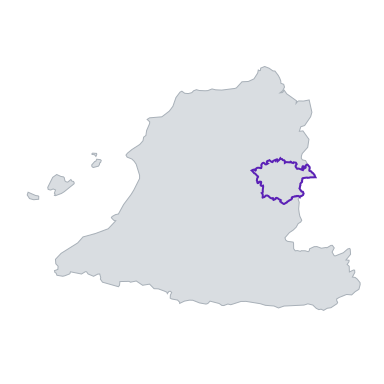 Cáceres on a map of Spain (Mercator projection), rotated 178°
{"feature_id": "ESP-5811", "entity_name": "Cáceres", "entity_type": "Autonomous Community", "adm_level": 1, "iso_a3": "ESP", "parent_name": "Spain", "parent_adm1": "", "projection": "mercator", "projection_center": [-6.162, 39.756], "detail": "fine", "context": "in_parent", "style": "outline", "palette": "violet", "viewbox_px": 384, "rotation_deg": 178, "n_neighbors": 0, "source": "natural_earth", "source_scale": "10m", "svg_char_len": 8003}
<svg xmlns="http://www.w3.org/2000/svg" viewBox="0 0 384 384"><g transform="rotate(178 192 192)"><path d="M208.2,81.1L208.2,82.3L210.2,84.5L216.0,85.8L217.5,86.7L217.2,89.7L215.8,92.3L217.1,93.5L218.5,93.5L220.2,91.3L220.6,92.7L223.2,94.0L229.1,96.4L233.3,96.7L237.6,101.4L244.6,100.5L250.8,105.0L256.7,104.0L258.0,104.9L267.2,105.0L267.7,101.3L268.8,99.9L284.6,105.0L286.6,108.1L286.2,109.7L287.1,113.3L289.1,113.2L293.3,111.2L298.7,113.7L300.1,115.9L301.3,116.1L305.3,113.9L316.3,116.5L316.8,114.8L317.5,114.3L322.1,112.7L324.1,112.3L329.9,113.5L330.6,115.6L331.8,116.4L332.2,118.2L328.8,119.3L328.4,122.4L330.6,125.0L330.8,129.5L324.9,135.3L308.0,145.1L302.5,150.9L289.9,153.9L277.0,158.2L269.2,165.9L271.2,166.5L273.5,169.1L272.7,170.3L269.4,172.0L266.3,172.6L260.7,182.0L252.9,191.7L250.0,196.1L243.9,207.3L243.8,210.6L246.8,221.7L248.6,224.6L251.0,227.1L255.6,229.1L256.7,231.2L255.1,233.1L250.5,236.6L242.6,241.3L239.2,244.9L238.4,248.5L236.1,250.1L235.2,255.0L232.0,261.8L231.8,263.6L234.3,266.1L231.8,267.6L219.5,268.2L211.9,273.6L208.1,278.3L204.7,287.0L200.5,292.2L198.6,293.1L195.8,290.9L192.2,290.5L188.7,291.3L186.9,293.1L184.0,294.1L181.3,293.2L175.2,292.7L172.6,292.8L168.4,294.3L164.8,293.3L158.7,292.8L145.6,294.0L144.0,294.5L138.2,300.4L131.8,300.5L126.1,302.9L122.2,308.6L121.5,311.6L120.3,310.9L119.4,311.1L119.0,313.4L115.0,314.9L110.6,313.0L106.9,310.2L104.9,310.0L101.8,305.6L100.4,302.8L99.4,299.8L99.4,297.6L96.6,296.4L95.9,293.6L97.9,290.0L100.6,288.0L98.1,288.2L96.3,290.5L93.9,286.8L84.4,279.5L84.9,276.9L83.3,278.8L82.2,279.3L77.3,279.0L71.7,279.9L69.4,267.5L70.8,263.1L77.1,254.5L81.0,253.4L82.6,248.9L79.0,249.2L73.3,240.6L74.8,232.6L80.5,226.6L81.4,224.1L81.6,221.9L80.6,220.3L77.4,219.4L74.2,213.1L73.4,209.1L70.8,206.8L68.6,202.9L70.6,202.3L78.7,202.2L80.7,201.2L82.2,198.5L83.8,194.1L84.1,191.5L80.9,187.6L80.8,186.8L81.2,185.5L86.2,181.2L85.2,178.0L86.0,171.3L85.6,167.3L85.1,164.1L83.3,159.9L84.4,158.2L87.0,156.7L89.1,153.2L92.2,150.4L96.1,148.0L100.7,143.0L100.0,140.7L98.4,139.4L92.7,138.4L92.3,137.4L92.4,131.8L90.9,129.6L88.8,129.8L85.7,128.9L84.9,129.5L80.9,129.3L78.0,128.3L76.8,129.2L76.5,131.1L71.8,133.1L69.1,133.1L64.7,131.3L59.8,131.9L59.2,131.5L55.0,133.8L53.6,133.8L51.8,131.1L54.1,127.1L52.1,123.3L50.8,123.2L42.9,126.0L38.4,129.6L36.5,130.1L35.9,129.4L35.7,124.2L40.5,118.7L37.4,118.3L37.6,116.7L39.5,114.2L37.5,112.3L37.5,106.6L33.3,108.4L32.2,108.2L32.1,105.9L34.7,101.4L31.9,100.9L29.9,99.2L27.2,95.5L27.2,93.5L28.6,88.9L32.4,86.7L36.0,83.6L41.1,84.2L48.6,81.5L51.2,80.0L51.1,78.1L50.3,76.7L51.0,75.3L57.2,71.5L60.9,71.1L64.6,69.1L67.1,70.4L69.3,70.0L71.9,71.4L75.2,74.8L80.1,76.2L84.0,75.1L104.0,74.8L109.6,73.1L114.0,75.2L122.6,76.2L127.7,78.0L141.8,80.8L146.9,80.9L157.2,78.0L160.1,78.8L164.2,77.4L166.1,77.6L168.7,79.6L177.8,82.3L180.1,80.0L181.9,79.5L188.4,80.9L195.0,83.8L198.4,84.0L203.4,83.2L208.2,81.1ZM328.3,198.8L330.7,199.9L333.1,198.9L334.4,199.2L335.7,199.7L336.0,201.7L330.7,211.5L326.6,214.2L322.4,212.1L319.9,211.6L319.2,210.8L318.6,207.6L317.5,206.6L315.9,206.2L312.6,208.7L311.6,207.0L310.1,206.7L309.5,205.7L309.5,204.4L319.6,196.8L322.5,195.1L328.6,193.1L329.6,193.4L328.8,194.6L329.6,195.6L328.3,198.8ZM356.8,194.8L355.8,197.5L348.3,193.9L345.9,193.5L345.3,192.9L345.5,190.1L350.5,189.8L354.6,191.1L356.8,194.8ZM287.0,226.2L286.1,228.1L282.4,227.5L281.6,226.7L282.4,224.5L283.4,224.2L283.5,222.7L284.6,221.1L289.9,219.9L291.1,220.9L291.3,222.5L288.2,225.8L287.0,226.2ZM290.6,233.9L290.0,234.3L286.0,233.9L285.9,232.7L286.8,230.9L288.2,232.7L290.6,233.0L290.6,233.9Z" fill="#d9dde1" stroke="#a8b0b8" stroke-width="1"/><path d="M75.5,215.2L74.3,213.7L73.8,213.3L73.7,213.0L73.5,212.3L73.5,211.6L73.7,211.2L73.8,210.7L74.0,210.0L74.0,209.3L73.8,209.0L72.8,208.7L72.3,208.5L71.9,208.2L71.7,207.5L71.4,207.2L70.6,206.8L70.2,206.4L69.5,205.4L69.1,205.0L68.3,202.8L68.1,202.4L73.3,202.5L73.6,202.5L74.0,202.3L74.5,202.2L75.4,202.2L75.9,202.1L76.4,202.4L77.1,202.4L80.7,202.0L81.1,201.8L81.4,201.2L81.3,200.9L81.3,200.7L81.3,200.4L81.4,200.1L81.7,199.6L81.8,199.3L81.7,199.0L81.6,198.8L81.6,198.4L81.8,198.0L82.0,197.8L82.5,197.6L83.4,196.5L83.4,196.2L83.5,195.7L83.5,195.4L83.4,194.9L83.5,194.6L83.7,194.4L83.8,194.3L83.9,193.5L84.0,193.2L84.0,192.9L84.1,192.6L84.5,191.9L83.5,190.1L83.0,189.4L82.7,188.9L82.4,188.6L82.2,188.5L81.5,188.5L81.2,188.4L80.9,187.9L80.7,186.9L80.5,186.4L80.8,186.0L81.0,185.3L81.2,185.0L81.7,184.8L82.7,184.1L83.0,184.0L83.6,184.1L84.1,184.0L84.6,183.7L84.6,183.3L84.9,183.5L85.4,184.0L85.6,184.2L85.9,184.3L86.1,184.4L86.3,184.4L86.6,184.3L86.8,184.2L87.0,184.3L87.5,184.4L88.3,183.9L88.5,183.9L88.9,184.2L89.2,184.2L89.4,184.1L89.7,183.9L90.0,183.8L91.7,183.5L92.0,183.4L92.2,183.2L92.4,183.0L92.5,182.8L92.5,182.6L92.3,182.1L92.3,181.9L92.5,181.7L93.4,180.9L93.6,180.8L94.1,180.6L95.2,180.2L95.7,179.6L95.9,179.5L96.1,179.4L96.9,179.2L97.1,179.1L97.2,178.9L97.3,178.6L97.4,178.4L97.6,178.3L97.8,178.1L98.1,177.9L98.5,177.9L98.8,177.8L99.1,177.6L99.9,177.0L100.2,176.9L100.5,176.8L100.9,176.9L101.7,177.5L102.0,177.7L102.4,178.1L102.6,178.2L103.0,178.3L103.1,178.5L103.3,178.9L103.6,179.1L104.1,179.3L104.2,179.5L104.1,179.8L104.0,180.0L103.9,180.2L103.9,180.3L103.8,180.5L103.7,180.7L103.6,180.8L104.0,181.1L104.8,181.4L105.4,181.7L105.7,182.0L105.9,182.2L106.2,182.5L107.1,183.0L107.7,183.2L108.0,183.2L108.3,183.1L108.4,182.9L108.5,182.7L108.7,182.2L108.8,182.0L109.0,181.9L110.0,181.6L110.5,181.3L110.7,181.2L110.9,181.3L111.1,181.6L111.2,181.9L111.2,182.1L111.2,182.3L111.0,182.7L111.0,182.9L111.2,183.0L111.7,183.1L112.5,182.8L113.5,183.2L114.2,183.7L115.0,184.4L115.6,185.2L116.2,185.5L117.1,185.9L118.1,185.8L118.4,185.7L118.6,185.7L118.9,185.3L119.1,185.1L119.9,184.4L121.2,184.1L121.6,184.0L121.7,184.3L121.5,185.0L121.4,185.2L121.4,185.5L121.4,186.9L121.6,187.3L121.7,187.5L121.8,187.8L122.3,188.5L121.5,188.8L121.4,189.2L121.2,190.0L121.2,190.3L121.3,190.6L121.1,192.3L120.7,194.7L120.7,195.5L120.8,195.9L121.1,195.8L121.5,195.7L122.2,195.7L122.4,195.7L122.6,195.8L122.8,196.0L123.0,196.2L123.1,196.3L123.2,196.5L123.2,196.8L123.1,197.0L122.9,197.4L122.8,197.6L122.7,198.0L122.7,198.4L122.6,198.7L122.5,199.4L122.6,199.7L122.7,199.8L123.6,200.0L123.9,200.0L124.1,199.9L124.5,199.4L124.7,199.1L125.2,198.7L125.3,198.7L125.8,198.6L126.0,198.6L126.3,199.0L126.4,199.4L126.4,199.7L126.2,200.2L126.3,200.4L126.6,200.7L126.8,201.0L126.8,201.3L126.8,201.5L126.7,201.7L126.6,202.2L126.5,202.8L126.5,203.0L126.4,203.2L126.3,203.4L126.1,203.8L126.0,204.0L125.8,204.2L125.7,204.5L125.4,204.8L125.4,205.0L125.5,205.2L125.6,205.4L125.8,205.5L126.2,205.8L126.4,206.0L127.3,207.1L127.8,207.7L128.1,208.0L128.3,208.2L128.7,208.4L129.1,208.5L129.3,208.7L129.6,209.2L130.4,210.1L130.6,210.5L130.9,210.8L131.1,210.9L131.3,211.1L131.6,211.4L130.4,212.0L128.9,212.3L128.2,211.4L127.8,211.2L127.5,211.5L127.4,211.8L127.4,212.5L127.4,212.8L127.2,213.0L126.8,213.4L125.9,213.9L124.2,213.9L122.4,213.4L122.0,213.5L121.8,214.2L121.6,215.4L121.6,215.6L121.8,216.0L121.8,216.5L121.2,217.6L120.6,218.3L120.3,218.5L119.4,218.7L118.8,218.3L117.7,217.1L117.1,217.0L116.5,217.1L115.3,217.8L115.5,217.9L116.2,219.0L116.2,219.4L115.9,220.0L115.6,220.4L115.3,220.5L114.5,220.5L113.5,221.1L111.6,219.4L110.5,219.1L110.1,219.9L109.4,220.4L107.7,221.1L107.3,220.3L106.3,221.6L105.8,221.7L105.7,221.6L105.4,219.7L103.7,221.0L102.5,222.7L101.8,221.8L101.7,221.8L101.1,221.8L100.9,221.8L100.7,221.6L100.3,220.9L99.9,220.6L98.8,220.5L98.3,220.0L98.2,219.6L98.2,217.9L96.9,218.6L93.1,218.2L92.9,218.4L92.6,218.8L92.4,218.9L92.2,218.8L92.0,218.7L91.9,218.6L91.9,218.4L91.9,218.2L91.7,218.0L89.9,217.4L89.4,218.1L87.2,217.7L87.0,217.4L86.4,216.2L87.4,214.9L87.6,214.2L87.4,213.3L86.9,212.9L86.5,211.8L86.1,211.5L85.6,211.5L84.7,211.7L84.3,211.6L80.4,210.0L80.0,210.7L80.7,211.1L80.9,211.3L81.0,211.5L81.1,211.9L80.6,213.6L80.5,213.8L80.3,213.9L79.8,213.8L79.7,213.1L79.8,211.7L79.2,211.6L78.7,211.7L77.7,212.3L77.5,212.8L77.5,213.1L77.8,213.5L77.8,213.8L76.6,215.3L75.5,215.2Z" fill="none" stroke="#5b21b6" stroke-width="2"/></g></svg>